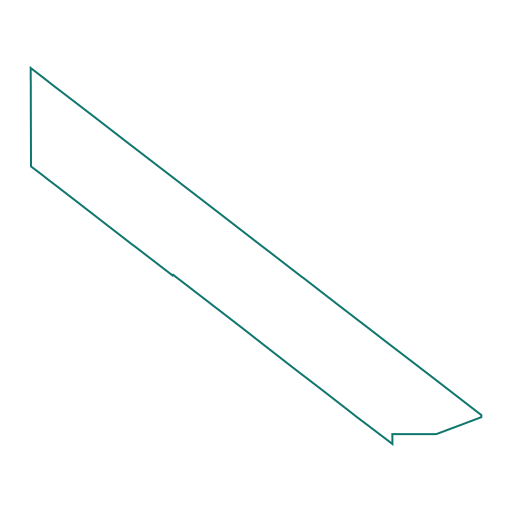 outline of Chacabuco, Chaco, Argentina
{"feature_id": "61730980B10302759212435", "entity_name": "Chacabuco", "entity_type": "district", "adm_level": 2, "iso_a3": "ARG", "parent_name": "Argentina", "parent_adm1": "Chaco", "projection": "albers", "projection_center": [-61.358, -27.089], "detail": "fine", "context": "isolated", "style": "outline", "palette": "teal", "viewbox_px": 512, "rotation_deg": 0, "n_neighbors": 0, "source": "geoboundaries", "source_scale": "gbopen_adm2", "svg_char_len": 941}
<svg xmlns="http://www.w3.org/2000/svg" viewBox="0 0 512 512"><path d="M30.8,96.6L31.0,166.4L33.2,168.1L41.5,174.4L48.1,179.6L57.2,186.5L60.8,189.3L85.5,208.4L90.6,212.3L98.8,218.7L131.6,244.1L135.7,247.1L146.6,255.5L172.6,275.5L173.1,274.8L193.4,290.4L197.4,293.5L231.2,319.5L253.1,336.5L254.2,337.4L255.7,338.6L292.0,366.9L294.9,369.1L298.9,372.2L321.0,389.1L352.0,413.2L356.0,416.4L360.0,419.4L388.8,441.2L392.4,444.0L392.4,438.1L392.3,434.1L436.3,434.1L481.3,417.2L481.3,415.0L475.9,410.9L438.9,382.3L421.5,368.9L386.5,342.1L382.5,339.0L378.4,335.8L344.0,309.4L341.9,307.7L338.0,304.8L303.7,278.2L300.9,276.2L267.4,250.3L264.5,248.1L260.3,244.9L256.4,241.9L219.8,213.6L182.8,185.1L180.0,182.9L178.8,182.0L146.1,156.9L137.8,150.5L129.7,144.3L97.0,119.0L64.0,93.7L55.7,87.4L52.1,84.6L48.9,82.1L46.0,79.8L43.8,78.1L30.7,68.0L30.7,77.8L30.8,83.3L30.8,83.9L30.8,86.2L30.8,91.9L30.8,96.6Z" fill="none" stroke="#0f766e" stroke-width="2"/></svg>